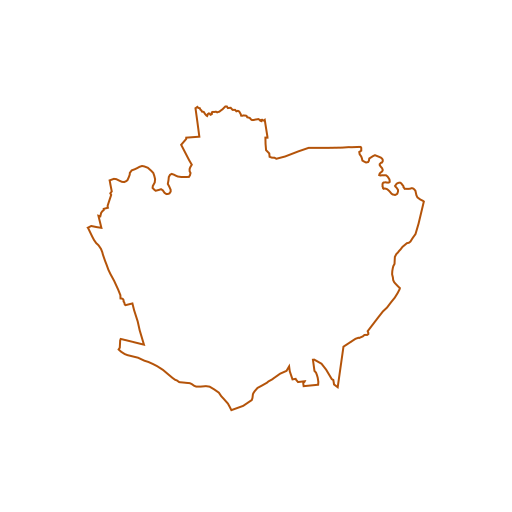 outline of Barsa, Arad, Romania, rotated 322°
{"feature_id": "2599482B4911950613954", "entity_name": "Barsa", "entity_type": "district", "adm_level": 2, "iso_a3": "ROU", "parent_name": "Romania", "parent_adm1": "Arad", "projection": "albers", "projection_center": [22.056, 46.377], "detail": "fine", "context": "isolated", "style": "outline", "palette": "amber", "viewbox_px": 512, "rotation_deg": 322, "n_neighbors": 0, "source": "geoboundaries", "source_scale": "gbopen_adm2", "svg_char_len": 5375}
<svg xmlns="http://www.w3.org/2000/svg" viewBox="0 0 512 512"><g transform="rotate(322 256 256)"><path d="M421.8,316.4L421.6,315.5L420.2,312.5L419.3,309.2L419.8,306.9L421.8,302.7L421.7,300.7L421.4,299.6L420.6,298.5L420.2,298.3L419.7,298.1L419.2,298.0L418.3,297.5L417.5,297.0L415.9,295.7L415.2,295.1L414.5,294.6L414.6,293.5L414.6,292.5L415.1,291.9L415.2,291.0L415.1,289.7L415.2,288.8L415.0,287.5L414.7,286.9L414.0,286.4L413.1,286.0L412.0,285.7L411.1,285.7L410.1,286.0L408.7,286.4L408.6,287.2L408.8,288.6L408.7,290.2L408.6,291.4L407.6,292.6L406.6,293.3L405.6,293.9L405.1,293.9L404.5,293.8L403.5,293.7L403.0,293.4L402.6,292.8L401.6,291.7L401.2,290.5L401.1,289.5L401.1,288.4L401.0,286.8L400.8,285.6L400.5,284.2L400.0,283.3L399.7,282.9L399.0,282.0L398.0,281.7L397.8,280.9L398.4,279.7L398.6,278.9L399.2,278.3L399.8,277.4L400.7,276.7L401.7,276.6L402.8,277.3L403.7,277.8L404.1,278.5L404.8,279.1L405.5,279.7L406.5,280.0L407.0,279.9L407.7,278.9L408.3,277.8L408.5,275.9L408.6,274.5L408.2,272.6L407.5,271.9L406.4,271.1L404.9,269.9L403.5,269.1L402.9,268.1L404.2,267.2L405.3,267.0L407.5,267.0L408.8,266.3L409.4,264.5L409.3,262.3L409.4,260.6L410.0,259.8L411.9,259.5L412.7,259.9L414.1,259.4L415.0,258.4L415.3,257.1L415.0,255.4L413.9,253.4L411.8,249.8L409.6,249.3L407.3,249.1L405.3,248.9L403.7,250.4L402.2,251.0L400.3,250.1L399.4,248.3L398.6,246.3L399.6,244.2L400.2,242.3L400.3,239.7L401.4,237.6L403.8,237.8L405.5,235.6L405.6,234.5L404.1,233.3L398.1,229.0L396.1,227.3L390.7,223.7L378.5,214.5L364.1,203.2L354.0,199.7L340.2,195.5L331.9,191.9L331.1,190.0L329.0,188.2L327.8,186.2L329.6,183.3L329.1,178.8L332.5,173.6L336.3,168.5L337.9,169.8L338.4,169.1L346.7,154.1L345.6,154.1L344.9,153.5L344.9,152.6L344.0,152.0L343.2,152.9L342.7,152.1L342.5,150.4L342.2,149.6L340.9,148.9L339.5,148.1L338.1,147.5L337.3,147.0L336.5,146.3L336.2,145.5L336.1,144.4L336.1,143.5L335.5,142.5L334.5,141.3L334.8,140.3L334.5,139.2L333.6,138.4L332.7,137.5L331.6,137.1L330.7,136.3L331.3,134.8L331.7,132.0L331.6,131.5L331.4,131.0L331.0,130.4L329.6,129.9L329.5,128.0L327.5,126.4L327.3,123.6L324.9,122.1L325.1,120.2L323.9,119.3L322.0,119.5L319.8,119.8L318.8,119.7L317.9,119.7L315.9,119.7L314.6,119.1L313.8,118.9L313.3,117.6L312.4,117.2L311.4,116.5L310.6,115.8L309.7,115.6L309.2,116.0L308.8,116.9L307.9,116.9L307.1,116.7L307.1,115.5L306.7,114.6L305.4,114.5L304.3,115.3L303.7,115.6L303.4,114.7L303.3,112.8L303.5,110.3L302.3,108.9L302.6,107.7L302.3,106.4L302.7,104.9L301.7,103.8L301.6,102.4L300.3,102.4L299.3,102.3L292.1,114.7L284.8,127.1L273.9,119.8L273.0,120.8L265.5,122.3L262.3,139.3L261.6,144.5L258.8,145.6L257.2,146.6L255.9,148.3L255.5,150.3L253.7,151.7L251.8,152.4L245.9,147.9L243.3,145.2L242.2,143.2L241.4,141.4L240.1,139.4L238.2,139.1L235.9,140.1L233.9,142.2L230.9,144.9L230.4,147.8L229.5,151.3L228.4,152.7L226.3,153.4L224.8,152.9L223.5,152.0L222.8,149.9L223.0,146.9L222.3,144.9L220.3,144.2L217.1,142.8L216.7,141.3L216.4,138.7L217.8,137.3L221.5,135.7L223.8,133.3L225.2,130.2L226.2,127.3L225.9,124.4L225.1,119.9L223.1,116.6L221.6,114.9L219.1,114.0L216.5,113.6L213.9,113.0L210.7,112.0L209.4,112.4L207.8,112.8L206.5,114.2L204.4,115.5L201.4,117.1L199.8,117.1L197.7,116.6L196.0,115.0L194.8,112.7L193.2,109.4L191.5,107.7L187.2,106.3L186.8,107.2L185.3,110.0L182.1,116.3L179.8,116.9L179.5,118.7L174.4,122.1L170.1,125.0L169.2,126.2L169.0,126.8L165.0,125.1L164.2,126.1L162.4,126.1L160.5,126.7L157.7,128.9L156.6,127.3L151.5,138.6L148.2,135.1L144.6,130.9L140.9,130.2L140.9,130.7L138.9,139.8L138.2,143.7L138.0,147.5L138.4,149.8L138.5,150.9L138.2,155.0L137.2,158.4L136.2,160.7L134.1,166.8L132.9,170.8L131.2,176.0L130.2,180.5L128.9,188.3L126.7,197.6L125.0,203.4L123.1,206.0L124.0,206.9L124.4,207.4L124.6,208.0L124.5,209.2L123.6,210.4L123.6,211.4L123.3,212.2L122.7,213.4L122.9,214.4L129.4,217.3L126.6,223.6L122.5,234.7L118.6,242.9L113.1,256.9L101.7,242.3L100.7,241.1L99.4,239.4L98.3,238.1L97.0,238.9L92.2,244.4L91.0,244.8L90.2,245.1L90.5,246.8L90.8,248.5L91.5,250.5L92.2,252.5L93.7,255.0L100.4,263.5L103.6,269.8L106.0,273.3L108.2,277.5L110.2,281.8L112.6,288.6L114.1,295.8L115.1,300.5L116.1,303.9L117.0,305.2L117.5,306.9L117.8,308.0L118.3,308.6L119.7,309.9L121.6,311.7L122.6,312.7L125.5,315.4L126.5,317.3L127.4,320.3L128.5,322.1L131.9,324.8L136.4,327.7L139.0,330.4L140.9,335.3L142.6,340.8L142.3,345.0L142.5,347.5L142.6,348.3L143.0,355.1L142.4,358.7L141.7,362.3L153.6,366.2L164.0,366.9L165.8,365.7L168.5,363.0L169.9,362.3L171.8,361.7L176.0,360.9L180.6,361.7L186.6,362.6L188.6,362.5L192.9,363.2L194.6,363.2L202.6,363.6L209.3,365.3L214.1,363.4L211.6,367.7L211.0,369.4L208.8,375.7L211.6,377.2L211.4,378.0L211.5,381.2L217.3,384.7L216.7,385.0L215.2,385.0L214.6,385.8L213.4,387.9L225.7,395.7L227.6,393.6L229.7,389.9L230.7,387.4L231.5,384.8L231.3,382.6L237.0,372.8L238.1,373.5L241.3,381.2L241.3,388.7L239.9,399.7L240.6,401.3L238.4,405.3L239.6,409.7L269.1,381.3L283.4,382.5L286.4,383.5L286.8,384.1L290.7,385.1L292.8,385.0L294.0,385.8L294.9,386.6L296.4,386.7L297.2,385.7L297.7,384.0L314.6,379.6L321.9,377.8L327.5,377.3L334.3,375.5L339.6,374.3L344.8,372.4L348.5,370.7L349.6,369.9L349.2,367.2L348.8,363.1L348.8,361.4L349.3,359.4L350.7,357.1L352.0,354.2L354.1,351.8L356.3,349.8L358.0,348.5L360.3,347.5L362.7,344.7L364.9,342.2L367.7,340.9L370.1,340.6L371.9,340.1L374.0,339.8L377.0,339.0L380.2,338.9L382.8,338.8L384.6,339.7L386.6,339.7L389.3,338.7L391.1,338.1L395.2,336.9L404.0,330.6L421.8,316.4Z" fill="none" stroke="#b45309" stroke-width="2"/></g></svg>